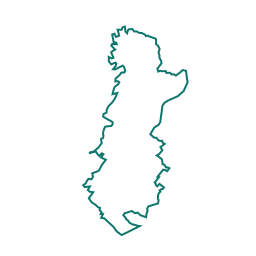 Ronda Alta, Rio Grande do Sul, Brazil (Equal Earth projection), rotated 222°
{"feature_id": "56859067B71630177815930", "entity_name": "Ronda Alta", "entity_type": "district", "adm_level": 2, "iso_a3": "BRA", "parent_name": "Brazil", "parent_adm1": "Rio Grande do Sul", "projection": "equal_earth", "projection_center": [-52.739, -27.81], "detail": "fine", "context": "isolated", "style": "outline", "palette": "teal", "viewbox_px": 256, "rotation_deg": 222, "n_neighbors": 0, "source": "geoboundaries", "source_scale": "gbopen_adm2", "svg_char_len": 2757}
<svg xmlns="http://www.w3.org/2000/svg" viewBox="0 0 256 256"><g transform="rotate(222 128 128)"><path d="M138.1,86.3L136.1,89.0L132.4,88.0L130.7,88.1L130.5,91.7L128.7,92.1L128.5,88.0L123.2,89.6L123.0,86.1L122.6,83.0L122.1,80.6L121.1,77.0L121.9,74.8L124.3,70.4L122.4,69.1L121.3,68.1L120.9,65.3L123.4,63.8L123.1,61.1L122.4,58.7L122.9,55.5L120.7,55.1L117.2,59.1L116.4,55.1L113.8,55.0L110.9,57.0L110.7,55.3L110.2,49.6L105.5,48.5L100.3,49.2L97.3,49.1L95.3,49.9L94.4,48.2L92.7,47.9L91.3,47.7L90.7,45.8L89.1,47.4L87.8,43.3L85.0,45.1L81.7,44.9L72.7,44.8L67.2,43.6L61.1,44.2L57.9,52.1L53.7,62.9L55.7,61.6L58.4,60.5L59.9,59.4L63.6,58.6L65.8,59.2L68.4,59.0L70.6,59.9L73.1,60.0L73.5,62.3L69.6,68.9L65.9,69.3L64.2,71.6L60.4,71.5L54.9,73.8L56.3,75.8L57.1,77.1L58.0,79.6L59.8,80.8L60.4,83.4L55.2,92.1L57.0,94.9L58.6,95.5L60.4,97.7L61.5,100.1L61.3,102.4L62.8,102.8L62.4,104.5L61.3,106.0L61.5,107.9L67.2,107.5L67.2,104.3L69.1,104.3L70.3,105.3L71.7,105.3L72.1,112.2L73.4,111.5L74.0,120.6L71.7,121.8L70.0,122.2L70.4,125.8L72.3,125.2L73.3,124.1L76.5,125.1L78.0,124.2L81.6,127.3L83.3,127.4L88.3,126.9L87.4,129.5L87.6,134.5L91.1,135.5L90.1,140.7L92.5,140.3L94.0,141.3L95.6,139.8L97.1,139.2L100.5,139.7L102.1,138.3L107.2,138.3L108.2,143.1L108.8,146.0L107.4,150.6L108.0,154.0L117.3,167.6L117.8,171.1L116.6,175.2L112.2,185.2L111.4,192.7L114.3,201.9L116.5,203.6L118.3,205.1L123.1,209.3L126.1,207.7L126.5,203.9L127.5,199.0L129.8,198.6L131.5,197.0L133.7,197.2L136.4,194.6L138.0,195.6L140.6,193.0L142.4,192.1L143.3,190.2L145.8,191.7L146.2,195.7L146.4,198.5L148.5,200.2L150.0,200.6L152.0,201.5L153.1,203.0L155.8,204.5L157.3,207.8L160.6,209.2L163.6,209.2L164.5,210.6L166.6,212.7L168.0,212.6L169.3,212.0L173.6,210.2L175.2,209.9L176.1,208.3L178.1,208.7L181.5,207.7L183.2,206.2L186.3,205.6L187.9,203.9L191.2,204.4L193.6,201.5L192.9,199.3L192.0,197.8L194.3,197.9L198.2,201.2L199.4,199.0L198.5,196.6L201.5,194.1L196.3,190.7L197.9,187.7L201.2,189.0L202.3,186.9L196.0,182.1L193.9,183.5L192.4,182.7L196.0,179.6L195.4,178.0L190.0,177.7L191.0,174.9L191.1,172.9L185.8,170.5L186.7,168.8L189.9,167.9L186.8,164.7L183.1,164.0L181.2,168.1L179.8,168.1L178.7,165.9L178.4,161.7L176.8,162.9L173.7,170.8L172.2,170.8L168.4,168.8L167.9,166.8L170.0,164.7L169.7,162.2L170.3,156.4L168.6,154.2L166.7,156.1L165.1,156.2L164.5,153.8L165.4,150.2L164.9,147.9L162.1,142.8L159.4,146.9L158.1,143.4L157.3,140.1L157.0,138.1L156.8,135.7L157.1,132.2L156.8,129.8L155.8,127.0L154.3,125.1L155.5,122.0L154.1,119.8L149.3,120.7L144.5,121.9L143.0,121.9L141.9,120.3L141.8,118.3L144.7,115.1L145.9,113.6L145.0,111.0L143.6,108.2L142.2,106.5L141.0,105.8L139.9,103.8L140.7,101.8L139.2,100.5L137.4,99.2L136.9,93.7L137.3,90.3L138.1,86.3ZM138.1,86.3L139.5,85.5L139.9,83.1L138.1,86.3Z" fill="none" stroke="#0f766e" stroke-width="2"/></g></svg>